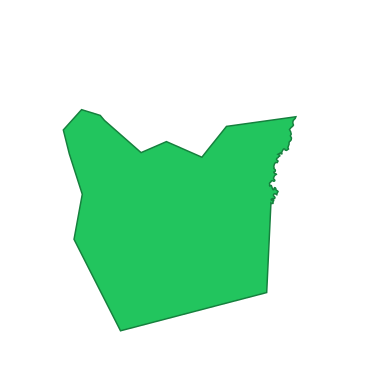 Kainanatu District, Eastern Highlands, Papua New Guinea, rotated 63°
{"feature_id": "67681753B29556691348440", "entity_name": "Kainanatu District", "entity_type": "district", "adm_level": 2, "iso_a3": "PNG", "parent_name": "Papua New Guinea", "parent_adm1": "Eastern Highlands", "projection": "mercator", "projection_center": [145.899, -6.248], "detail": "fine", "context": "isolated", "style": "filled", "palette": "green", "viewbox_px": 384, "rotation_deg": 63, "n_neighbors": 0, "source": "geoboundaries", "source_scale": "gbopen_adm2", "svg_char_len": 1801}
<svg xmlns="http://www.w3.org/2000/svg" viewBox="0 0 384 384"><g transform="rotate(63 192 192)"><path d="M68.5,253.0L78.3,278.5L102.3,284.0L144.2,290.8L180.6,318.6L283.2,318.7L303.9,224.0L315.5,171.1L237.7,126.7L238.4,126.5L238.9,125.0L238.4,124.6L237.7,124.6L237.3,124.2L237.0,123.4L236.6,123.0L236.1,123.0L235.6,123.7L235.6,124.5L235.3,125.0L234.9,125.0L234.6,124.8L234.4,124.0L234.5,122.8L235.1,122.1L235.3,121.3L234.6,120.6L233.7,120.6L232.7,121.0L231.7,120.9L231.1,120.2L231.1,119.0L231.7,118.4L232.9,117.7L231.4,116.4L231.1,115.7L230.6,115.1L230.2,115.2L228.4,116.1L227.8,116.1L227.1,115.8L226.2,115.8L225.6,116.5L226.0,117.2L226.8,117.4L227.0,117.7L227.0,118.3L226.6,118.8L225.5,118.8L222.3,118.4L222.0,118.7L222.1,119.9L221.5,120.0L220.2,119.2L219.5,119.1L219.1,118.6L218.8,117.1L218.3,116.4L218.2,115.5L219.5,114.3L219.7,113.6L219.6,113.3L219.2,112.9L218.4,112.9L217.4,113.4L216.5,112.9L215.3,111.6L214.7,110.4L214.6,108.8L214.2,108.8L212.8,110.0L212.0,110.2L211.4,110.1L211.4,108.6L210.6,107.9L209.8,107.8L208.2,108.4L207.7,107.9L206.1,107.4L204.2,105.5L203.7,104.0L204.5,102.7L203.5,101.3L202.3,101.8L201.3,101.9L200.6,101.3L200.3,99.5L199.8,98.6L199.8,97.5L199.0,97.1L197.4,98.3L197.3,95.5L198.4,95.3L198.8,94.7L198.4,94.3L197.5,94.1L196.9,93.6L195.3,91.1L195.3,90.5L195.8,89.9L197.0,89.9L197.8,89.0L197.8,88.2L197.5,86.5L195.8,86.3L193.5,83.8L192.2,83.2L191.4,82.4L191.2,81.3L190.6,80.0L189.6,79.2L188.8,78.8L186.6,78.9L185.8,77.7L185.4,77.3L182.8,76.7L182.0,76.8L180.6,76.8L180.2,75.9L179.6,74.6L179.5,74.4L179.2,72.6L178.4,71.2L176.9,71.0L175.9,70.6L175.4,70.4L174.6,69.6L174.2,69.2L173.3,66.6L172.1,65.3L149.2,131.5L156.6,147.8L160.8,157.2L165.5,167.4L153.5,177.2L135.5,191.9L133.8,219.5L88.5,237.5L82.1,239.0L68.5,253.0Z" fill="#22c55e" stroke="#15803d" stroke-width="1.5"/></g></svg>